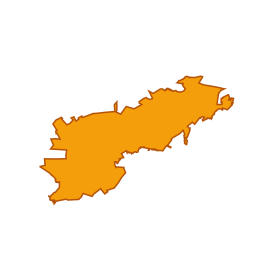 the district of Cuencamé, Durango, Mexico, rotated 237°
{"feature_id": "50627088B82922113569023", "entity_name": "Cuencamé", "entity_type": "district", "adm_level": 2, "iso_a3": "MEX", "parent_name": "Mexico", "parent_adm1": "Durango", "projection": "equal_earth", "projection_center": [-103.787, 24.653], "detail": "fine", "context": "isolated", "style": "filled", "palette": "amber", "viewbox_px": 256, "rotation_deg": 237, "n_neighbors": 0, "source": "geoboundaries", "source_scale": "gbopen_adm2", "svg_char_len": 5515}
<svg xmlns="http://www.w3.org/2000/svg" viewBox="0 0 256 256"><g transform="rotate(237 128 128)"><path d="M153.5,117.5L157.8,108.9L159.1,106.7L161.6,95.4L163.2,95.8L163.5,91.8L162.2,91.6L162.2,88.1L166.8,88.7L167.4,85.8L164.6,86.3L163.5,82.2L163.9,78.5L171.3,77.3L171.5,78.1L173.2,78.0L173.9,71.9L172.2,67.2L164.6,67.1L164.7,65.6L162.3,64.7L162.1,65.6L155.5,64.9L158.4,61.5L160.7,57.3L154.2,56.2L152.6,51.6L143.6,63.7L142.8,64.5L138.9,61.0L135.9,59.5L141.2,50.8L147.6,41.2L141.8,38.1L143.6,33.4L143.2,33.2L133.3,37.6L130.0,38.2L130.1,38.4L124.7,39.7L124.3,39.2L124.1,38.7L122.9,38.3L122.5,38.8L122.0,38.7L121.4,39.3L121.3,38.6L120.1,40.1L120.1,41.1L115.5,38.1L113.6,32.1L113.9,31.9L114.0,29.7L113.7,29.3L113.5,28.6L113.4,28.1L113.5,27.4L113.4,27.1L113.4,26.8L113.3,26.7L113.1,26.5L113.0,26.3L113.1,25.8L113.0,25.5L113.6,24.5L113.8,24.4L113.6,24.3L112.5,25.2L110.8,23.8L110.8,23.7L110.6,23.7L110.4,23.6L110.1,23.7L109.9,23.5L109.6,23.7L109.2,24.2L109.1,25.0L108.6,24.9L108.1,24.9L108.1,25.2L108.0,25.3L108.0,25.7L107.9,25.7L107.8,26.3L107.9,26.5L107.9,26.8L107.4,27.0L107.1,25.8L106.9,25.5L106.8,25.0L106.6,24.9L106.6,25.2L106.5,25.8L106.7,26.2L106.8,26.7L106.3,26.8L105.6,25.8L105.4,25.2L105.1,24.9L104.6,24.7L105.7,28.1L104.8,30.3L102.1,37.2L100.3,38.4L94.9,47.8L95.7,51.5L97.6,54.6L90.2,60.7L91.3,63.3L92.0,72.0L85.4,72.6L85.6,76.3L87.2,76.2L85.2,83.6L87.2,89.8L89.9,95.4L91.8,101.6L96.4,102.5L96.7,102.7L97.0,102.7L97.2,103.0L101.5,97.3L101.3,96.5L103.0,96.5L107.0,98.2L106.9,98.6L106.1,99.8L105.9,99.8L105.6,99.6L105.2,99.5L104.3,99.5L104.1,99.6L104.0,99.8L104.1,100.3L104.4,100.8L104.6,101.3L105.2,102.0L105.3,102.3L105.6,103.6L105.8,104.4L106.8,104.0L106.2,106.4L105.6,108.2L110.1,108.6L109.8,114.4L107.5,113.7L107.8,114.4L107.9,114.8L107.9,115.1L107.7,115.1L107.5,115.4L106.9,115.2L106.6,115.4L106.3,115.6L106.2,116.1L106.3,116.3L106.1,116.7L105.7,117.1L105.4,117.1L105.1,117.6L104.8,117.6L104.3,117.2L104.2,118.6L104.5,120.6L104.4,120.8L103.0,121.9L102.5,123.0L105.1,126.7L104.2,127.6L105.0,128.5L103.4,130.1L103.7,130.5L103.2,131.1L102.9,130.6L99.3,134.4L99.0,134.0L98.3,133.0L98.1,133.3L97.9,133.5L98.8,134.9L97.0,136.9L96.6,136.4L96.2,136.9L96.5,137.4L95.9,138.1L96.2,138.6L95.8,139.1L95.2,138.3L94.9,138.7L94.3,139.2L94.5,139.7L93.7,140.5L93.6,140.4L93.5,140.5L93.1,140.2L91.6,142.8L89.9,144.7L92.2,150.7L88.3,152.9L88.6,153.6L91.9,151.7L94.1,157.6L94.5,157.8L94.6,158.1L94.7,158.4L94.8,158.5L95.0,158.5L95.0,158.8L95.5,159.1L95.5,159.5L95.3,163.1L95.1,168.8L96.1,172.8L96.0,173.1L91.5,172.0L91.5,171.0L87.5,169.2L86.5,168.2L86.1,168.8L84.2,167.0L82.2,168.1L84.9,170.8L88.7,170.9L87.8,172.6L92.2,178.4L92.3,178.1L92.5,178.2L92.4,178.6L94.1,179.9L94.1,179.3L97.1,178.7L97.8,185.1L95.4,185.7L94.8,186.0L97.5,193.8L96.8,194.0L97.2,196.3L95.4,197.9L94.3,194.8L93.1,194.7L92.9,198.5L92.7,198.5L92.7,198.9L93.1,199.7L92.6,200.0L92.9,200.5L92.4,200.9L92.0,201.6L91.6,201.8L91.3,201.6L91.1,201.8L91.1,202.1L91.1,202.4L90.9,202.7L90.8,202.9L90.5,202.9L90.9,203.3L90.6,203.3L90.8,203.7L90.7,203.8L90.6,204.0L90.8,204.1L91.1,204.1L91.5,204.4L92.1,205.0L92.1,205.4L92.5,206.0L92.6,206.6L92.4,206.9L92.4,207.1L92.5,207.3L92.5,207.7L92.6,207.9L92.8,207.9L92.8,208.1L93.3,208.1L93.6,208.5L93.6,209.0L94.0,209.2L94.1,209.4L94.2,210.0L94.2,210.7L94.1,211.0L94.5,211.7L94.5,212.3L94.6,212.6L94.5,213.1L94.6,213.5L94.6,214.3L94.4,214.7L94.2,215.0L94.0,215.5L93.6,216.3L92.8,216.6L92.0,216.7L91.7,216.8L91.6,217.2L93.0,218.3L89.2,221.3L90.6,227.7L91.3,228.7L91.4,228.4L91.8,228.0L91.7,227.8L91.9,227.2L92.1,228.7L91.8,229.6L92.1,230.0L92.6,229.3L92.8,229.2L93.2,229.5L93.5,229.8L93.6,230.2L93.8,230.8L93.9,231.1L94.0,231.1L94.2,231.5L94.5,231.6L94.8,232.1L95.1,232.5L95.7,232.5L95.7,232.4L95.6,232.0L96.2,231.5L96.7,231.2L96.8,231.0L96.5,230.2L95.9,230.1L95.6,228.8L96.2,228.7L96.2,228.4L96.3,228.1L96.7,227.8L96.8,228.2L97.0,228.0L97.4,229.6L101.2,230.3L101.3,230.2L102.0,224.1L101.4,223.6L102.1,222.4L98.8,220.0L98.3,220.9L96.6,219.5L99.2,215.5L102.2,217.9L104.6,220.1L107.3,222.3L109.0,226.1L108.8,226.3L108.4,230.1L109.7,228.4L110.0,228.6L114.7,223.9L122.8,215.1L127.1,211.9L130.2,218.4L131.9,217.2L133.9,211.6L137.2,207.0L137.0,206.8L138.2,206.3L138.9,205.9L139.1,205.4L139.1,205.2L139.3,204.9L139.6,204.7L139.6,204.2L139.7,203.7L139.6,203.4L139.4,203.3L139.2,202.8L139.3,202.4L139.0,202.1L139.0,201.7L138.9,201.5L139.1,201.3L139.0,201.0L139.0,200.9L139.1,200.6L139.2,199.7L139.4,199.6L139.4,199.3L139.3,199.0L139.2,198.7L139.3,198.2L139.5,197.7L139.6,197.3L139.8,196.9L139.9,196.6L140.0,196.5L140.1,196.4L139.8,196.1L139.7,195.8L139.6,195.2L139.4,195.1L139.5,194.9L139.4,194.8L139.4,194.6L139.2,194.3L139.2,193.8L136.1,197.0L135.8,198.3L134.9,198.2L134.9,197.5L134.0,197.2L131.6,197.1L129.9,197.5L128.7,195.2L129.2,192.1L132.1,188.6L133.3,188.7L134.5,185.4L134.9,185.7L135.1,185.2L135.3,185.1L135.5,185.1L136.0,184.9L136.2,185.0L136.5,184.4L136.7,184.7L137.1,184.1L137.3,184.2L137.7,183.6L137.9,183.9L138.2,183.3L138.5,183.5L138.8,183.0L139.1,183.1L139.4,182.6L139.6,182.8L139.8,182.5L139.6,182.3L139.8,182.0L139.4,181.6L139.6,181.3L139.4,181.2L139.6,180.9L139.4,180.7L139.6,180.4L139.3,180.2L139.5,179.9L139.3,179.7L139.5,179.4L139.3,179.2L142.1,178.1L143.1,176.3L143.3,167.9L147.4,165.7L139.5,164.7L139.6,162.6L140.5,161.6L141.9,160.5L143.7,159.8L144.2,156.7L144.0,151.6L142.8,151.0L140.2,152.3L140.8,143.5L147.0,138.2L143.6,129.4L148.0,126.6L148.5,127.8L148.8,128.2L152.2,130.4L152.5,130.8L154.1,131.5L155.9,132.8L155.0,129.3L149.0,125.9L153.5,117.5Z" fill="#f59e0b" stroke="#b45309" stroke-width="1.5"/></g></svg>